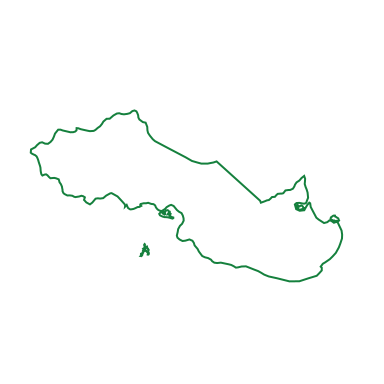 Lahad Datu, Sabah, Malaysia, rotated 41°
{"feature_id": "92858781B71459572065664", "entity_name": "Lahad Datu", "entity_type": "district", "adm_level": 2, "iso_a3": "MYS", "parent_name": "Malaysia", "parent_adm1": "Sabah", "projection": "equal_earth", "projection_center": [118.4, 5.123], "detail": "fine", "context": "isolated", "style": "outline", "palette": "green", "viewbox_px": 384, "rotation_deg": 41, "n_neighbors": 0, "source": "geoboundaries", "source_scale": "gbopen_adm2", "svg_char_len": 5985}
<svg xmlns="http://www.w3.org/2000/svg" viewBox="0 0 384 384"><g transform="rotate(41 192 192)"><path d="M87.9,272.1L90.4,273.3L90.8,273.7L92.2,274.8L93.0,275.4L93.6,276.2L95.4,277.1L97.0,277.2L100.2,276.4L101.9,274.8L104.2,273.3L105.9,273.0L107.3,272.4L109.8,269.4L111.0,267.4L112.6,266.6L114.6,266.3L115.2,267.6L115.7,268.8L117.5,269.0L119.1,269.2L123.1,268.3L123.7,265.4L123.6,260.3L125.0,258.6L127.0,257.2L129.0,254.9L129.6,251.0L131.2,246.6L132.1,245.6L138.7,244.2L142.6,244.6L146.1,245.0L149.2,245.4L150.6,246.2L151.1,247.0L151.2,244.6L154.1,246.0L156.3,245.8L157.1,245.4L157.9,244.5L159.0,243.1L159.9,241.3L160.8,239.1L162.0,237.9L162.8,235.8L161.4,235.7L161.1,234.8L163.0,232.1L164.7,230.7L166.0,228.9L167.6,228.3L169.1,227.7L171.0,226.4L173.0,226.3L174.7,227.2L176.3,227.6L178.0,227.7L179.8,227.3L181.6,226.3L182.2,224.5L182.8,222.4L182.8,220.1L183.8,217.0L184.7,215.4L187.3,214.6L192.5,215.5L195.3,215.4L197.9,214.8L200.5,215.8L202.9,217.4L204.5,219.1L205.4,222.5L205.1,225.4L205.9,229.1L207.4,231.5L209.2,234.9L211.0,236.0L213.8,236.0L217.0,235.2L218.9,233.1L221.2,229.5L224.3,228.5L226.8,229.2L229.0,230.6L233.6,231.3L236.2,232.4L241.7,233.6L244.6,232.8L247.5,231.3L250.8,230.6L252.6,231.0L255.2,230.7L257.6,229.1L260.1,226.4L267.3,222.4L269.5,221.3L272.4,220.6L274.7,220.3L276.1,218.8L278.3,215.7L281.5,212.7L290.0,209.7L293.8,208.3L297.1,207.6L300.7,207.0L305.3,205.4L312.8,201.3L324.2,195.5L331.6,188.9L336.4,180.9L341.1,173.4L341.3,170.3L341.4,166.1L339.6,164.0L338.1,163.9L337.8,160.3L338.6,158.0L340.1,152.2L340.4,148.3L340.5,143.6L339.2,137.5L337.8,133.7L335.7,128.7L333.3,125.7L330.2,123.0L322.0,119.4L320.5,119.9L319.3,122.1L315.9,122.4L314.3,123.4L313.9,126.0L312.0,128.8L305.7,129.7L302.7,129.8L295.2,126.9L291.4,125.4L288.6,123.0L287.5,123.1L287.5,126.1L288.0,129.0L288.7,132.1L287.3,133.6L285.6,135.5L281.9,136.6L277.8,133.9L278.1,131.8L280.1,129.8L283.4,127.9L284.5,127.0L285.2,125.8L285.1,124.6L284.7,123.9L283.4,120.2L279.6,116.6L276.9,114.9L274.5,113.7L271.8,112.0L270.3,109.9L268.7,107.8L266.1,106.3L265.5,109.6L265.5,113.0L264.6,116.1L264.9,118.8L265.6,120.7L266.0,123.3L264.8,126.0L263.4,127.3L261.5,129.5L261.7,133.0L260.9,134.2L259.6,135.4L257.9,137.2L257.7,139.1L257.7,141.3L255.7,143.3L255.6,145.5L255.3,147.6L254.0,149.2L253.0,151.3L251.0,154.9L249.1,153.9L190.5,152.8L188.8,155.7L187.2,157.7L185.2,160.3L180.3,164.5L176.8,166.2L171.6,168.6L164.4,170.0L144.1,174.8L134.6,177.0L130.7,177.9L127.8,177.9L123.2,177.1L120.0,176.2L117.8,174.6L115.5,172.2L111.5,170.1L109.0,171.5L104.7,171.8L102.7,171.0L101.0,169.4L98.7,168.2L97.1,167.6L95.1,168.2L93.9,170.1L93.4,173.3L91.9,175.5L89.7,178.0L87.6,179.4L85.4,180.3L83.8,182.1L82.5,185.8L81.8,190.7L79.5,192.8L78.9,197.0L79.4,199.7L79.5,202.7L78.8,205.5L78.4,208.5L77.7,210.4L75.0,213.1L72.9,214.3L70.9,215.4L66.8,217.6L64.4,218.5L63.0,219.5L64.4,221.3L64.2,223.0L63.1,224.8L61.0,226.7L54.0,230.4L51.9,231.2L50.1,232.8L50.3,237.8L51.5,240.9L52.4,244.0L52.4,247.0L51.7,250.1L49.4,251.9L46.3,252.8L44.8,254.8L44.4,257.7L44.3,258.2L44.3,261.1L42.6,265.5L44.5,268.1L45.9,268.1L47.9,267.6L49.5,267.1L51.4,267.1L53.3,267.9L55.1,268.9L56.6,269.9L60.3,272.1L61.7,273.1L63.9,275.3L65.5,276.6L66.9,277.5L68.3,277.7L69.3,275.6L70.3,274.4L71.9,274.2L74.3,274.5L76.1,274.5L78.7,271.8L80.3,270.9L83.1,269.9L84.4,270.7L85.7,271.6L87.9,272.1ZM188.4,221.6L188.0,221.4L187.1,221.8L186.0,221.6L185.3,221.9L184.7,222.9L184.6,223.9L184.9,225.0L185.2,225.6L185.9,225.9L186.3,226.4L186.0,227.1L185.3,227.0L184.3,227.4L183.9,227.3L183.7,226.8L183.7,225.3L183.2,225.2L183.0,226.4L182.5,227.2L181.7,228.0L181.6,228.9L181.6,230.0L183.1,230.6L184.0,230.4L185.8,229.9L187.7,229.0L188.8,228.1L190.0,227.2L192.0,226.1L193.7,225.4L194.8,224.8L195.0,223.9L194.6,223.5L193.6,224.0L192.7,224.3L191.5,224.4L190.6,224.6L190.4,223.2L190.2,222.6L189.3,222.9L189.0,224.0L188.3,224.8L188.1,223.7L188.1,222.5L188.4,221.6ZM320.6,116.5L319.8,116.0L319.0,116.0L318.3,116.2L317.1,116.3L316.1,116.6L315.4,116.0L314.6,116.6L314.1,117.4L313.9,118.2L313.8,119.0L313.5,119.8L313.8,120.8L314.2,121.4L315.1,121.4L316.7,121.0L317.7,120.6L318.1,120.1L318.9,119.9L319.7,119.6L320.1,118.8L321.1,118.3L321.6,117.9L321.7,117.0L321.1,116.8L320.6,116.5ZM285.9,130.6L285.0,130.2L284.4,130.2L283.5,130.4L282.9,131.1L282.7,132.2L282.4,132.8L281.9,132.8L281.3,132.5L280.7,132.5L280.1,132.5L280.0,133.2L280.5,133.7L281.0,134.1L281.8,134.5L282.8,134.8L283.7,135.0L284.6,135.1L285.3,134.5L285.6,133.8L286.1,133.1L286.3,132.6L286.9,132.2L287.6,131.8L287.4,130.3L287.0,130.6L286.5,130.8L285.9,130.6ZM191.9,263.5L191.4,263.3L190.9,262.9L190.8,262.4L190.4,262.4L190.5,262.8L190.6,263.1L190.6,263.4L191.0,263.6L191.6,263.8L191.9,264.0L192.1,264.3L192.2,264.7L192.6,264.9L192.9,265.0L192.8,265.5L192.8,265.9L192.7,266.3L192.4,266.5L192.3,267.0L192.7,267.1L192.8,267.3L192.9,267.9L193.0,267.4L193.0,267.0L193.5,266.8L193.8,266.5L193.9,266.1L193.8,265.7L194.2,265.4L194.4,265.8L194.4,266.2L194.7,266.5L194.5,266.8L194.3,267.0L194.2,267.2L194.3,267.5L194.3,268.0L194.0,268.3L193.8,268.5L194.0,268.6L194.3,268.4L194.5,268.2L194.7,267.7L194.8,267.5L195.1,267.4L195.2,267.1L195.3,266.9L195.8,266.5L196.1,266.4L196.5,266.7L196.8,266.7L197.2,266.8L197.6,266.5L197.8,266.2L198.2,266.1L198.4,266.4L198.2,266.8L198.4,266.9L198.7,266.8L199.2,267.0L199.5,267.2L199.4,267.9L199.6,268.3L200.0,268.1L200.2,267.6L200.0,267.0L199.7,266.6L199.4,266.3L199.2,266.2L198.8,266.2L198.5,266.1L198.0,265.7L197.8,265.3L197.6,264.8L197.4,264.3L197.2,264.1L196.8,264.3L196.4,264.1L196.1,263.7L195.5,263.7L195.1,263.6L194.4,263.1L194.0,262.9L193.8,262.7L193.3,263.4L193.0,263.6L192.6,263.7L191.9,263.5ZM195.5,273.8L195.8,273.7L195.9,273.2L195.9,272.7L195.8,272.1L195.6,271.8L195.3,271.4L195.2,270.8L195.1,270.5L195.0,270.0L194.9,269.5L194.7,269.2L194.4,269.1L194.3,269.3L194.2,269.7L194.5,270.1L194.7,270.4L194.7,270.7L194.5,271.1L194.3,271.4L194.1,271.8L194.0,272.1L194.2,272.4L194.5,272.5L194.8,272.8L195.1,273.3L195.2,273.5L195.2,274.0L195.5,273.8Z" fill="none" stroke="#15803d" stroke-width="2"/></g></svg>